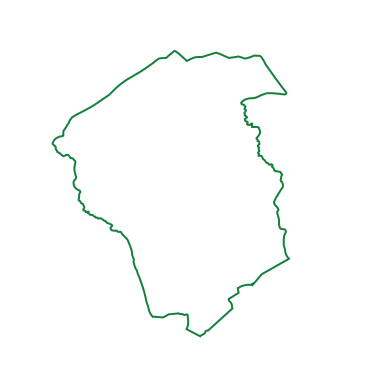 the district of Longsane, Vientiane, Laos, rotated 73°
{"feature_id": "54806243B36605497856689", "entity_name": "Longsane", "entity_type": "district", "adm_level": 2, "iso_a3": "LAO", "parent_name": "Laos", "parent_adm1": "Vientiane", "projection": "equal_earth", "projection_center": [102.9, 18.631], "detail": "fine", "context": "isolated", "style": "outline", "palette": "green", "viewbox_px": 384, "rotation_deg": 73, "n_neighbors": 0, "source": "geoboundaries", "source_scale": "gbopen_adm2", "svg_char_len": 6059}
<svg xmlns="http://www.w3.org/2000/svg" viewBox="0 0 384 384"><g transform="rotate(73 192 192)"><path d="M51.7,167.1L54.5,173.8L56.2,177.5L55.2,181.6L54.9,182.7L55.0,183.0L54.7,184.4L55.8,188.0L57.4,192.0L59.5,198.1L61.8,205.9L65.7,222.1L67.9,228.6L69.5,232.5L72.0,237.4L74.8,242.6L77.7,251.9L80.6,261.2L82.3,269.1L84.3,279.9L85.4,284.5L87.2,287.3L89.6,289.5L89.8,289.6L90.0,289.8L91.6,291.9L92.9,293.1L95.9,296.9L96.9,297.4L99.3,298.3L100.5,298.6L100.6,299.1L100.6,300.1L100.5,301.1L100.3,302.4L100.4,303.7L100.9,306.0L101.3,307.3L102.2,308.7L103.6,310.1L104.5,311.1L105.5,311.1L106.1,310.7L107.0,310.3L108.2,309.4L109.6,309.2L110.1,309.4L110.8,309.8L112.4,309.3L114.5,309.0L115.1,308.2L116.3,307.2L117.2,306.5L118.6,305.7L120.1,304.6L120.2,303.6L119.9,302.6L119.8,301.2L120.2,299.9L121.1,299.1L122.3,298.7L123.3,298.5L124.1,298.2L124.4,297.3L124.8,296.5L125.6,296.0L128.1,294.8L129.1,294.7L129.8,294.9L132.7,296.6L134.2,297.2L135.9,297.9L137.8,298.2L140.0,298.3L142.4,298.5L143.2,298.3L144.3,298.5L145.4,299.4L146.7,301.4L147.9,302.4L149.8,302.9L151.4,302.7L152.0,302.9L152.9,302.7L153.7,302.4L155.1,301.7L155.9,301.0L156.5,300.5L157.7,299.2L158.1,298.9L158.5,298.7L159.3,298.8L159.6,298.9L160.4,300.0L161.4,300.6L162.2,300.8L163.5,301.4L164.3,301.6L164.9,301.9L165.4,302.3L166.1,302.6L166.6,302.7L167.0,302.7L168.1,301.8L168.7,301.5L169.6,301.4L170.2,301.3L170.7,300.9L171.7,299.7L172.2,299.6L173.0,299.7L174.4,299.4L174.9,299.4L175.3,299.5L175.8,299.9L176.8,300.9L177.4,301.2L177.8,301.1L178.2,300.4L178.5,299.9L178.9,299.7L179.3,299.4L179.6,299.4L180.0,299.5L180.2,299.4L180.4,298.7L180.5,296.9L180.6,296.7L181.0,296.8L181.1,297.4L181.2,297.7L181.3,297.7L181.7,297.7L182.1,297.4L182.9,296.6L184.0,296.1L184.3,295.6L184.5,295.0L184.6,294.3L184.9,293.8L186.6,292.8L187.0,292.4L187.2,292.0L187.6,291.8L188.0,291.7L188.4,291.4L188.7,290.3L189.0,289.9L189.8,289.4L190.0,289.0L190.4,287.2L190.6,286.7L192.0,285.7L192.7,284.9L193.1,284.7L193.5,284.6L193.8,284.3L194.1,284.0L194.6,283.1L195.0,282.9L195.4,282.7L195.9,282.7L196.3,282.5L196.9,282.0L198.0,280.5L198.5,279.9L200.0,278.3L200.3,278.2L200.5,278.1L201.0,278.3L201.4,278.7L201.7,279.3L201.9,279.8L202.3,280.3L202.6,280.5L204.3,280.5L204.8,280.1L205.3,279.7L205.7,279.0L207.0,275.5L207.3,275.1L207.8,274.9L208.4,274.5L208.7,273.7L208.9,272.8L209.1,272.2L209.4,271.7L209.9,271.5L210.5,271.4L212.1,271.0L217.7,268.0L219.9,267.4L220.4,267.4L225.2,267.0L230.5,266.8L235.0,267.6L239.1,267.3L239.5,267.3L241.6,268.3L244.3,268.5L248.6,268.4L250.7,267.7L253.0,267.7L254.4,267.8L258.6,267.3L267.5,266.9L272.7,266.9L278.9,267.2L283.6,267.6L288.2,267.5L293.1,267.7L297.0,267.2L299.9,266.0L300.1,264.7L300.6,263.7L303.5,256.2L302.2,249.9L304.2,240.1L304.9,239.7L305.2,239.1L305.8,237.0L306.9,236.0L307.3,235.3L307.5,234.9L307.4,233.1L307.8,232.4L308.4,232.1L309.0,232.2L310.4,232.6L312.5,233.0L313.7,233.2L316.0,234.0L317.1,234.3L318.9,235.3L320.2,236.2L321.6,237.3L332.3,226.4L332.0,226.2L331.8,225.1L331.4,222.9L331.0,221.8L330.7,221.2L330.5,220.6L330.2,220.4L329.9,220.3L329.4,220.0L329.1,219.6L328.8,219.0L328.8,218.3L329.3,217.4L315.2,187.4L313.8,187.3L312.9,187.1L312.0,187.1L311.3,186.9L310.5,186.9L309.8,187.0L309.0,187.2L308.4,187.5L307.8,187.9L307.0,188.3L305.4,188.3L305.1,188.2L302.0,176.9L297.4,176.3L296.5,172.0L296.6,167.7L297.2,165.2L297.9,163.4L297.5,161.4L298.1,161.9L298.8,161.5L291.0,149.3L284.2,118.8L280.8,120.1L277.8,120.4L276.5,120.2L275.2,120.1L273.4,119.8L270.3,119.8L268.9,119.6L267.3,119.0L264.6,118.3L262.1,117.3L260.8,116.7L257.6,113.9L257.0,113.8L256.0,113.8L255.0,114.1L254.5,115.0L254.0,116.2L253.4,117.5L251.9,118.5L251.2,118.5L250.4,118.5L248.6,118.2L247.3,117.9L244.5,117.0L241.1,116.7L237.0,116.7L236.0,116.3L234.2,114.6L233.4,114.4L231.5,115.0L229.5,116.1L227.6,116.7L226.6,116.7L225.7,116.6L224.0,115.2L221.4,112.6L220.2,111.1L218.9,109.9L217.5,108.1L216.2,106.8L215.3,105.6L214.2,104.2L213.5,103.5L212.7,103.2L211.4,102.9L209.4,102.9L208.9,102.9L208.5,103.1L207.9,103.7L207.1,103.8L206.4,103.7L205.7,103.3L204.4,102.5L204.0,102.5L203.3,102.2L202.1,101.0L201.6,100.7L200.5,101.3L199.7,101.4L199.2,101.4L198.6,101.7L197.2,104.3L196.3,106.5L195.3,106.9L194.6,107.0L193.1,107.1L192.4,107.4L192.0,107.8L191.1,108.1L190.7,107.9L190.4,107.3L190.1,107.1L189.5,107.3L188.6,108.1L188.6,108.6L188.7,109.2L188.4,110.3L187.7,110.6L187.0,110.8L186.4,111.1L186.1,111.8L185.7,112.3L182.9,113.2L181.8,114.1L181.1,114.4L179.0,114.8L177.8,115.1L177.3,115.8L176.9,117.7L176.3,117.6L175.7,117.0L175.1,116.7L174.8,116.8L174.1,117.3L173.6,117.3L173.1,116.7L172.6,115.8L172.1,115.4L171.7,115.5L171.0,115.8L170.2,115.7L169.4,115.1L168.9,114.9L167.8,115.6L166.9,115.3L166.5,114.8L166.2,114.1L166.0,113.6L165.5,113.4L163.9,113.2L163.1,113.3L162.3,114.4L161.1,114.0L160.4,114.3L159.9,114.7L159.4,114.5L159.0,113.9L158.2,112.7L157.3,111.5L156.0,110.2L154.4,109.2L152.9,109.2L150.1,109.3L149.6,109.5L149.3,110.1L148.2,112.3L147.9,113.9L147.6,115.0L147.3,115.6L146.6,115.5L145.2,114.7L144.6,114.5L144.1,114.6L144.1,115.4L144.4,116.1L144.7,116.6L144.7,117.0L144.6,117.8L144.1,118.9L143.4,119.5L142.8,119.3L142.1,118.5L141.3,118.5L140.7,118.8L140.4,119.6L139.7,120.1L138.9,120.4L138.0,120.2L137.7,119.9L137.4,119.0L136.9,117.9L136.6,117.6L136.3,117.6L134.7,118.5L134.2,119.2L133.5,118.8L133.0,118.6L132.2,118.8L131.6,118.7L130.7,117.5L129.9,116.7L129.3,116.5L128.2,117.5L127.5,117.1L126.6,116.3L126.1,115.9L125.5,116.0L125.1,116.3L124.6,116.8L123.8,116.9L123.2,117.5L122.8,118.6L122.0,119.0L121.0,118.8L120.4,117.9L119.4,115.6L119.1,113.2L119.1,110.7L119.4,109.0L120.4,104.9L120.3,101.4L119.7,98.3L119.5,95.7L119.4,92.7L119.6,90.9L120.8,86.9L123.2,80.8L124.9,77.1L125.8,74.8L125.7,73.6L125.1,72.9L124.3,72.9L121.1,74.0L117.9,75.3L106.6,79.3L91.7,84.2L86.5,85.2L83.4,86.2L82.1,86.9L81.2,88.3L80.3,91.2L79.7,92.6L80.0,94.8L80.1,98.4L80.0,102.0L79.0,103.6L77.6,105.6L76.0,107.9L75.7,110.6L74.7,117.1L74.1,118.1L68.1,125.0L65.8,128.2L65.7,130.1L65.8,134.0L65.8,137.8L65.8,143.1L64.3,148.1L64.1,150.4L64.5,155.1L65.1,158.7L55.2,164.5L51.9,167.3L51.7,167.1Z" fill="none" stroke="#15803d" stroke-width="2"/></g></svg>